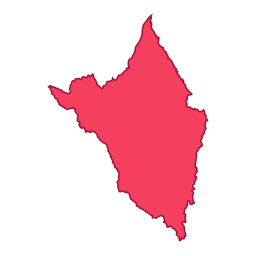 Granada, Antioquia, Colombia
{"feature_id": "7082276B66868517078286", "entity_name": "Granada", "entity_type": "district", "adm_level": 2, "iso_a3": "COL", "parent_name": "Colombia", "parent_adm1": "Antioquia", "projection": "natural_earth1", "projection_center": [-75.146, 6.125], "detail": "fine", "context": "isolated", "style": "filled", "palette": "rose", "viewbox_px": 256, "rotation_deg": 0, "n_neighbors": 0, "source": "geoboundaries", "source_scale": "gbopen_adm2", "svg_char_len": 5805}
<svg xmlns="http://www.w3.org/2000/svg" viewBox="0 0 256 256"><path d="M109.2,152.7L110.6,155.4L110.7,156.1L110.4,156.9L111.3,157.5L111.6,158.8L112.6,160.2L112.5,162.6L112.9,163.0L113.6,163.2L114.2,164.1L114.6,166.7L115.0,167.3L116.8,168.4L116.9,169.6L117.7,169.9L118.0,171.6L119.1,173.3L119.2,174.7L118.4,176.9L119.0,178.7L119.0,179.7L117.4,181.5L117.3,182.8L118.0,184.6L117.8,186.5L119.2,191.5L120.3,191.8L121.3,191.0L122.1,190.8L122.8,191.2L124.0,191.3L125.1,192.5L125.6,192.5L126.9,191.9L128.0,193.1L129.2,193.5L129.7,194.2L129.5,195.9L130.3,197.1L130.6,198.9L134.3,201.9L135.9,202.6L136.7,206.1L138.2,206.3L139.6,208.0L140.3,207.9L141.3,208.8L142.9,209.4L143.6,209.9L144.0,210.5L145.3,210.7L145.9,212.0L147.0,212.1L147.4,212.8L149.2,213.8L150.5,215.1L152.0,215.0L152.4,215.6L152.2,217.4L152.4,217.9L155.0,217.5L156.1,218.2L156.9,217.8L157.7,216.9L160.4,215.7L161.2,215.6L163.0,216.2L164.0,217.7L164.0,219.1L164.7,220.5L164.7,221.1L163.7,221.7L163.7,222.3L164.1,222.5L165.2,222.4L165.5,222.6L166.6,224.9L167.0,226.7L167.3,227.1L168.0,227.1L170.4,226.2L171.6,226.9L172.7,228.3L174.3,229.0L175.7,230.3L176.9,232.3L176.4,233.7L176.6,234.7L179.3,237.6L179.2,239.8L179.5,240.4L179.9,240.6L180.6,240.4L181.1,239.5L181.2,238.2L181.4,237.9L181.7,238.1L182.2,238.9L184.2,238.6L184.5,236.1L185.5,236.3L185.8,235.1L184.6,231.2L184.1,226.4L182.6,224.5L182.2,222.4L182.8,222.0L185.3,222.4L185.8,221.9L185.6,220.7L185.0,219.6L185.5,217.2L185.5,214.2L183.9,213.9L184.6,210.5L184.5,209.1L184.7,208.8L186.0,208.2L186.1,207.3L187.0,206.0L187.5,204.4L187.5,202.3L187.8,200.9L188.5,200.7L189.2,201.0L189.9,202.2L190.1,204.1L190.8,204.5L192.3,204.2L193.1,203.1L194.3,203.1L194.1,202.2L193.1,200.9L192.6,197.1L192.6,196.2L193.5,192.9L193.0,192.0L192.0,191.1L191.8,190.5L192.2,189.9L194.1,189.4L194.6,188.9L192.8,186.6L192.5,185.5L192.8,185.0L194.3,183.9L194.4,182.7L195.0,181.7L195.2,180.3L196.2,178.9L196.7,177.6L196.4,176.9L194.9,176.4L194.7,175.6L195.6,174.4L195.7,173.1L196.9,172.0L197.2,171.2L196.7,169.5L197.0,168.6L196.9,168.0L196.0,167.1L195.3,166.8L195.1,166.4L195.4,163.0L195.8,161.6L196.0,158.6L196.6,156.9L196.6,154.5L196.0,154.0L195.9,153.6L196.3,152.3L198.0,150.4L199.4,147.7L200.7,146.6L201.7,146.2L202.1,145.7L202.2,144.8L201.7,143.1L200.8,141.6L200.8,140.2L201.3,139.1L202.1,138.0L202.3,135.9L204.2,133.2L204.3,131.0L205.8,129.0L205.9,128.4L205.2,126.4L205.2,123.1L206.1,121.3L206.6,120.8L207.5,120.7L207.5,120.4L207.2,119.4L206.1,118.8L205.9,117.7L206.1,116.1L205.5,114.6L204.5,114.3L204.8,112.1L203.6,109.8L203.1,110.1L202.5,111.4L199.6,111.7L198.1,110.7L197.6,109.5L195.6,109.4L194.7,108.6L193.8,109.5L193.4,109.5L192.5,108.7L191.2,108.3L190.6,107.6L189.0,107.0L188.1,107.2L186.2,105.9L186.2,105.4L187.0,104.4L187.1,103.7L186.1,102.3L185.8,101.0L185.9,100.5L187.4,99.4L187.2,97.2L187.5,96.1L188.4,95.0L189.3,94.8L190.5,94.9L191.7,94.4L191.7,93.9L189.7,92.1L186.5,88.4L185.3,85.9L185.4,84.7L183.8,83.6L183.5,81.1L183.0,81.7L182.6,81.4L182.6,79.4L181.8,79.4L181.1,79.0L179.5,76.6L178.8,76.2L179.0,75.3L178.3,75.1L177.1,72.8L177.6,71.9L177.6,71.6L176.7,71.9L176.2,71.2L176.2,70.6L176.7,69.3L174.4,67.2L174.2,66.7L174.3,65.9L173.4,65.1L173.2,64.2L171.5,60.9L170.1,59.5L169.8,58.7L169.5,58.4L168.3,58.5L167.9,58.2L167.8,57.8L168.1,56.8L168.0,56.1L166.9,54.3L166.3,53.8L166.3,52.8L166.1,52.1L165.4,51.5L164.5,51.3L164.2,50.9L163.7,49.6L163.8,49.1L163.1,48.7L163.1,47.4L161.6,47.1L160.7,46.6L159.4,44.9L158.2,43.7L158.2,42.1L158.6,41.2L158.5,39.5L158.6,39.0L159.0,38.7L158.9,37.7L158.5,37.4L157.9,37.9L157.1,36.6L156.4,36.7L156.1,36.4L156.2,35.4L155.3,34.6L154.1,31.9L153.4,31.0L152.8,30.8L151.4,27.3L151.4,25.4L151.8,24.2L151.1,23.5L151.5,22.9L151.4,22.4L150.4,22.5L150.4,21.2L150.1,20.4L150.5,19.3L151.3,18.8L151.0,16.3L151.3,15.4L149.6,16.7L143.4,24.9L142.2,31.0L142.2,33.1L141.7,35.8L140.3,39.7L139.4,41.6L135.6,47.0L134.8,52.1L132.4,56.2L131.8,58.1L129.8,59.2L128.7,60.6L128.3,62.1L128.3,64.5L129.0,68.2L127.2,68.0L126.3,68.8L126.6,70.0L124.6,71.2L122.3,73.6L121.5,74.9L118.5,75.4L117.6,77.2L117.6,77.9L115.3,80.6L114.1,79.4L113.0,78.9L112.6,78.2L112.2,79.9L111.7,80.7L110.6,80.9L109.8,81.5L108.2,81.3L107.2,81.7L106.6,82.5L105.9,85.4L103.6,85.7L103.1,86.3L102.8,88.1L102.3,88.6L101.7,88.7L98.7,85.7L97.7,85.4L97.6,84.7L96.8,83.8L96.7,82.3L95.8,81.1L95.6,80.1L94.6,79.1L93.7,77.5L93.5,75.3L92.7,74.2L92.0,74.4L91.1,76.1L90.4,76.5L89.5,76.4L89.2,75.4L88.4,75.3L88.0,75.5L87.4,76.8L86.9,77.4L84.5,77.2L83.1,76.6L82.2,77.4L81.5,79.1L81.1,79.5L79.3,78.6L78.1,78.5L75.1,79.2L75.0,80.4L74.7,80.8L73.0,80.8L72.3,81.2L71.6,82.6L71.1,84.5L70.2,85.8L70.2,87.6L69.5,88.9L70.3,90.5L70.5,92.1L69.2,93.1L67.5,93.6L64.0,92.0L62.7,91.8L61.8,90.2L59.6,89.7L57.5,88.3L55.9,88.1L54.5,87.1L51.9,87.0L51.7,86.2L50.0,85.7L48.5,86.8L48.7,87.0L49.2,87.1L50.3,88.0L50.3,89.3L51.6,90.9L51.5,93.4L54.0,95.3L55.3,98.5L56.5,98.7L57.2,99.3L57.7,101.4L59.0,103.2L59.1,104.3L59.5,104.5L59.9,105.2L60.9,105.5L61.6,106.0L62.2,106.0L62.6,106.8L64.1,107.3L64.6,108.0L65.3,108.1L66.1,108.9L67.3,109.4L69.5,108.6L70.8,108.5L71.1,108.1L72.1,108.3L72.3,107.9L72.6,107.8L74.0,108.2L74.7,109.3L75.1,109.2L75.0,110.0L75.4,110.4L75.2,111.0L75.4,112.0L76.4,113.4L78.1,115.1L77.9,116.1L78.0,116.6L77.6,117.1L77.7,118.0L77.3,118.7L77.7,119.1L77.3,120.6L78.4,121.7L79.2,122.0L80.2,123.4L79.7,123.5L79.6,124.1L79.0,124.3L78.9,124.8L79.3,125.3L79.9,125.6L79.9,126.4L80.5,126.5L80.3,127.2L81.0,127.8L81.9,128.2L82.4,128.1L83.4,127.3L83.9,127.4L84.1,128.3L84.5,128.5L84.7,129.4L85.4,130.1L85.4,131.5L85.7,131.9L85.8,131.0L86.7,131.7L88.1,131.1L89.1,132.0L90.7,132.3L91.5,131.5L92.3,131.3L94.1,131.7L95.5,132.7L97.0,134.4L97.3,135.9L97.8,137.3L98.8,137.8L99.3,139.1L100.7,140.7L102.4,141.9L103.1,142.7L104.8,143.1L106.9,145.0L107.3,147.4L108.1,148.5L108.2,149.9L107.9,150.9L108.9,151.8L109.2,152.7Z" fill="#f43f5e" stroke="#9f1239" stroke-width="1.5"/></svg>